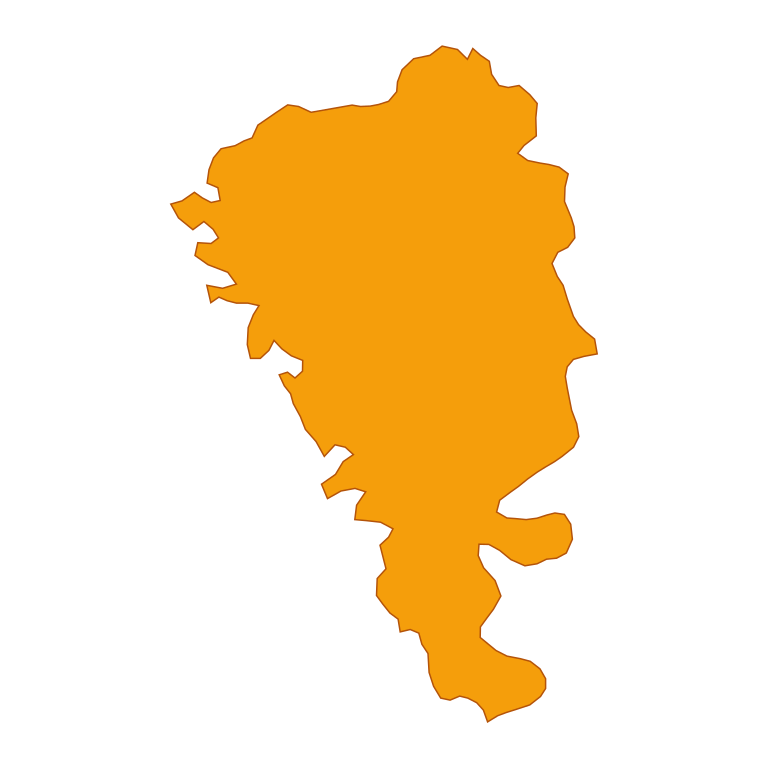 Protásio Alves, Rio Grande do Sul, Brazil (orthographic projection)
{"feature_id": "56859067B21055614470548", "entity_name": "Protásio Alves", "entity_type": "district", "adm_level": 2, "iso_a3": "BRA", "parent_name": "Brazil", "parent_adm1": "Rio Grande do Sul", "projection": "orthographic", "projection_center": [-51.489, -28.753], "detail": "fine", "context": "isolated", "style": "filled", "palette": "amber", "viewbox_px": 768, "rotation_deg": 0, "n_neighbors": 0, "source": "geoboundaries", "source_scale": "gbopen_adm2", "svg_char_len": 2528}
<svg xmlns="http://www.w3.org/2000/svg" viewBox="0 0 768 768"><path d="M207.1,183.1L217.9,187.7L220.2,200.5L211.1,202.5L202.3,197.9L194.4,192.3L182.0,200.9L170.8,204.1L178.5,217.9L192.9,229.7L203.9,221.5L213.1,229.3L218.5,237.9L211.1,243.5L197.8,242.7L195.0,255.5L208.0,264.7L227.8,272.3L236.4,284.1L222.6,288.3L206.8,285.3L210.8,302.7L218.9,297.1L227.1,300.7L236.4,303.1L247.8,303.1L259.0,305.6L253.3,314.8L248.2,327.6L247.3,344.6L250.5,358.4L260.3,358.4L268.9,350.4L274.0,340.4L281.8,348.8L291.3,355.8L302.7,360.4L302.5,371.2L295.0,378.0L287.5,372.2L279.2,374.8L284.3,385.8L290.6,393.8L293.3,403.6L300.4,416.6L305.4,429.4L316.1,441.6L324.3,456.4L335.0,444.8L345.3,447.2L353.4,454.6L343.2,461.6L335.5,474.4L321.5,484.2L327.5,498.6L341.0,491.0L355.0,488.4L365.7,491.8L356.6,505.2L354.8,519.6L366.2,520.6L380.6,522.2L393.0,528.8L388.6,537.2L380.0,545.2L386.0,568.8L377.2,578.5L376.5,595.5L382.8,604.1L390.0,613.1L398.1,619.1L400.2,631.9L410.2,629.5L418.8,633.1L421.9,644.3L428.0,653.5L429.1,672.5L433.6,686.3L440.7,698.1L450.1,700.1L459.7,696.1L467.8,698.1L476.7,702.7L483.4,710.1L487.6,721.9L497.7,715.7L506.3,712.5L515.8,709.5L529.8,704.9L540.5,696.5L545.6,688.5L545.6,678.7L540.0,668.9L530.2,661.3L520.4,658.7L506.9,656.1L496.0,650.5L480.2,637.5L480.4,626.9L487.1,617.7L493.4,609.3L500.9,596.0L495.1,580.6L483.6,567.8L478.2,555.6L479.0,544.2L488.8,544.4L499.7,550.4L510.9,559.6L524.9,565.8L537.0,563.8L546.5,559.2L556.6,558.2L566.3,553.0L572.4,539.2L570.7,524.2L564.4,514.4L554.9,513.0L546.9,515.0L537.0,518.2L526.2,519.6L515.5,518.6L506.9,518.0L496.6,512.0L499.7,500.2L510.1,492.4L518.5,486.4L527.6,479.0L537.4,472.0L545.1,467.2L554.6,461.6L562.1,456.4L573.5,447.2L578.8,436.6L576.7,423.8L571.6,410.2L567.2,387.8L565.3,376.4L567.2,366.8L573.4,359.4L583.9,356.4L597.2,353.9L594.6,339.1L585.7,331.9L578.5,324.6L573.4,316.4L567.3,299.1L563.1,285.3L557.3,276.5L552.0,263.5L557.8,252.3L567.7,247.3L574.8,237.9L574.0,226.7L571.3,217.9L564.5,201.5L565.0,187.1L568.2,173.9L559.1,167.1L548.9,164.5L540.2,163.1L527.7,160.5L517.7,153.3L524.0,145.5L536.3,135.9L535.8,117.9L537.2,103.5L529.8,94.7L519.1,85.5L508.2,87.5L499.0,85.5L491.6,74.3L489.3,61.3L480.5,55.3L472.8,48.5L467.4,59.3L457.5,49.5L442.1,46.1L430.0,55.3L413.7,58.7L402.1,69.7L397.5,81.9L396.7,91.7L388.6,101.3L378.6,104.5L370.2,106.1L360.5,106.5L352.1,105.1L311.1,112.3L298.6,106.5L287.7,104.9L276.5,112.3L266.1,119.5L257.9,125.1L252.1,137.9L244.0,140.9L235.1,145.7L221.1,148.7L213.5,157.9L209.0,169.7L207.1,183.1Z" fill="#f59e0b" stroke="#b45309" stroke-width="1.5"/></svg>